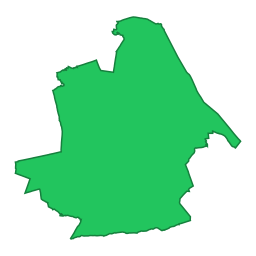 San Matías Tlalancaleca, Puebla, Mexico
{"feature_id": "50627088B22492462361378", "entity_name": "San Matías Tlalancaleca", "entity_type": "district", "adm_level": 2, "iso_a3": "MEX", "parent_name": "Mexico", "parent_adm1": "Puebla", "projection": "albers", "projection_center": [-98.505, 19.351], "detail": "fine", "context": "isolated", "style": "filled", "palette": "green", "viewbox_px": 256, "rotation_deg": 0, "n_neighbors": 0, "source": "geoboundaries", "source_scale": "gbopen_adm2", "svg_char_len": 5625}
<svg xmlns="http://www.w3.org/2000/svg" viewBox="0 0 256 256"><path d="M163.8,29.1L163.4,29.0L163.1,28.5L162.3,27.2L161.8,26.7L161.4,25.9L161.6,25.1L161.4,24.5L161.2,24.1L160.7,23.8L159.6,24.0L158.4,23.9L158.0,23.4L157.6,23.7L156.8,23.8L155.9,24.0L151.1,21.3L150.4,20.8L149.3,20.3L147.5,19.2L144.8,18.6L143.8,18.6L141.4,18.1L140.8,18.1L140.2,18.0L135.7,17.2L133.3,17.0L132.2,17.2L129.7,17.8L125.6,19.1L124.2,19.5L123.1,19.9L122.2,20.2L120.9,20.9L120.1,21.1L119.6,21.3L119.1,21.3L117.7,21.5L116.9,21.5L117.0,21.8L118.0,22.2L118.3,22.5L118.2,23.0L117.9,23.3L117.4,23.9L117.3,24.3L116.6,24.6L116.3,25.4L116.4,27.3L116.6,28.2L116.7,28.7L116.7,29.2L116.3,29.7L113.8,29.3L113.6,31.4L112.3,31.5L112.6,32.3L112.5,32.6L112.9,33.3L113.3,33.6L114.2,34.5L114.9,34.8L116.1,34.9L117.1,34.2L118.3,34.2L118.5,33.7L117.1,32.7L117.5,32.3L119.4,33.5L120.2,34.7L120.2,34.9L122.9,35.4L122.8,36.5L123.9,37.8L124.1,39.5L122.3,42.2L121.4,43.6L121.0,44.2L120.3,45.6L119.1,47.3L117.9,49.2L116.4,51.4L116.7,51.4L116.0,56.1L115.6,58.2L114.5,65.3L114.3,67.2L114.2,67.4L113.4,72.3L100.8,70.5L99.3,67.8L97.3,62.7L96.4,60.1L91.8,61.8L87.5,63.1L83.2,64.6L78.3,66.1L77.0,66.2L77.3,67.4L76.2,67.0L75.6,67.3L75.6,67.6L74.9,67.6L74.6,67.9L73.8,67.8L73.5,68.5L72.2,68.2L71.3,68.0L69.6,67.1L68.3,66.5L67.9,68.3L67.4,68.0L66.7,67.9L66.7,68.2L65.1,69.0L65.5,69.6L66.5,70.0L66.9,70.5L66.3,70.2L65.9,70.2L63.9,69.9L63.7,70.5L62.7,70.1L61.7,70.8L60.3,71.9L56.9,72.8L57.2,73.4L57.0,76.8L57.7,76.9L58.2,79.7L60.1,79.7L60.1,80.3L60.3,80.3L60.8,81.3L61.1,82.1L61.5,82.6L61.5,82.1L62.0,82.3L61.7,83.7L63.0,83.5L63.2,83.9L64.0,84.3L63.9,85.5L63.6,85.5L62.6,86.3L62.3,86.2L61.9,86.1L61.8,85.9L61.6,85.9L61.0,85.6L60.6,85.7L60.6,85.8L60.8,86.3L60.7,86.5L58.8,86.6L58.2,86.8L57.4,87.3L56.7,88.1L56.3,88.3L55.8,88.8L54.9,89.2L53.9,90.1L53.5,90.3L52.8,90.5L53.1,91.3L53.5,93.1L54.4,96.0L54.5,97.1L54.9,98.9L55.4,100.9L56.8,105.8L56.9,107.3L57.5,109.8L57.4,109.9L57.8,111.6L58.2,113.3L59.3,116.9L59.2,117.3L59.3,117.7L59.2,118.5L59.4,119.4L59.3,120.0L59.3,120.5L59.6,120.8L60.0,121.5L60.2,121.8L60.5,122.6L60.9,125.2L61.3,125.9L61.4,126.5L61.6,126.7L62.2,130.7L62.3,131.4L62.2,134.8L61.5,142.4L61.4,145.1L61.1,149.5L61.2,151.8L60.0,152.0L58.8,152.3L51.9,153.9L51.7,153.9L49.4,154.4L49.3,154.5L47.0,155.0L42.3,156.0L41.0,156.3L32.8,158.0L32.6,158.1L23.0,160.1L19.3,160.8L18.1,161.1L18.0,161.7L15.4,162.1L15.8,164.3L15.6,167.1L15.6,168.4L16.1,168.8L15.6,172.6L15.4,173.3L30.1,178.8L29.1,181.6L28.7,182.8L25.0,193.2L27.9,192.3L30.2,191.7L32.5,190.9L34.8,190.3L38.2,189.3L39.6,189.1L39.8,189.3L40.6,193.0L40.8,195.4L41.3,199.0L42.8,200.2L45.1,201.3L45.4,201.7L46.5,202.1L47.9,202.8L47.6,203.4L48.1,204.6L48.5,206.8L52.4,208.8L52.7,209.7L54.3,209.1L56.1,210.5L56.8,210.9L58.4,212.0L59.9,213.9L61.4,213.8L62.5,214.9L59.4,215.6L62.6,216.0L63.7,215.9L64.4,215.5L65.6,215.4L65.7,215.7L67.8,215.3L69.7,216.0L72.1,216.5L72.8,216.4L74.0,217.2L76.1,217.8L77.4,217.2L78.7,217.5L79.1,218.4L79.9,218.6L80.3,219.9L81.2,219.6L81.1,220.0L80.5,222.4L78.8,225.5L77.7,226.4L75.3,230.5L74.2,232.7L71.5,237.1L70.6,238.4L70.9,238.7L71.1,239.0L71.6,238.7L73.5,238.5L74.1,237.8L75.2,237.5L76.6,237.1L77.5,236.7L78.1,236.6L79.0,236.8L79.4,236.7L80.0,236.5L80.2,236.4L80.6,236.0L80.8,235.8L81.4,235.5L82.4,235.6L83.8,236.0L84.4,236.0L86.0,235.9L88.3,235.9L90.0,235.5L93.9,235.6L94.4,235.5L95.2,235.5L95.9,235.7L97.8,235.7L100.7,235.4L102.0,235.5L103.6,235.7L103.9,236.1L104.4,235.7L106.1,235.4L109.7,233.6L111.8,233.8L114.8,232.7L114.9,232.9L115.9,233.0L117.0,232.7L122.7,232.0L123.8,232.3L124.9,232.5L125.5,232.8L126.0,233.3L127.2,233.4L128.3,233.2L129.0,233.0L130.3,233.0L134.0,232.8L137.1,233.1L138.3,232.0L140.2,231.5L141.2,231.0L142.9,231.2L146.3,231.0L147.2,230.6L147.8,230.4L148.4,229.9L149.0,229.6L149.9,229.5L150.2,229.3L150.4,229.2L150.7,229.1L151.3,228.9L152.1,228.9L152.7,229.1L153.1,229.1L153.7,228.8L155.1,228.0L155.6,227.8L156.3,227.7L157.2,227.8L157.6,227.9L160.0,229.4L161.4,230.4L161.9,230.6L162.0,230.6L162.3,230.5L163.0,230.3L163.3,230.1L163.8,230.1L163.7,230.0L165.0,229.7L167.2,229.0L168.2,228.5L169.0,228.2L169.6,227.4L171.9,226.6L173.1,226.5L174.1,226.3L175.3,225.7L176.6,224.9L178.6,224.5L179.1,224.6L179.1,223.7L180.5,223.6L181.3,223.4L190.3,220.5L190.2,220.3L190.4,216.7L181.7,206.0L179.8,203.7L179.5,202.7L179.6,201.8L179.8,200.9L180.0,198.6L182.5,195.8L182.8,195.4L184.4,193.7L185.4,192.7L186.9,191.2L189.3,191.4L188.6,189.4L189.5,188.3L193.2,186.0L191.8,182.1L190.6,178.7L189.5,175.7L188.7,173.4L188.2,171.5L186.8,168.1L185.4,164.6L188.6,161.2L188.7,160.4L188.7,159.8L188.8,159.4L188.9,159.0L189.2,158.6L189.6,158.3L190.4,157.2L191.6,155.5L194.2,152.8L194.7,151.1L194.5,148.8L194.7,148.5L195.5,147.9L196.3,148.1L196.9,148.0L198.7,147.7L200.6,147.6L201.7,147.5L203.1,147.2L203.7,147.0L204.7,146.5L206.4,146.2L205.9,144.7L206.1,144.4L206.5,144.5L207.4,145.9L207.4,144.5L207.2,144.0L207.0,143.7L205.6,141.8L206.4,141.0L205.1,139.0L205.3,138.8L206.3,138.6L208.7,138.3L208.2,133.3L210.4,133.3L211.5,133.3L212.7,133.3L212.6,131.1L213.6,131.4L214.0,131.9L214.5,131.9L215.1,132.1L216.2,132.7L217.5,133.2L218.6,133.3L219.0,133.7L219.4,133.6L219.9,133.9L220.5,133.9L222.2,134.5L224.2,135.6L225.2,136.4L226.6,138.2L227.2,139.1L227.9,140.7L229.4,142.5L230.6,144.3L231.7,145.9L232.7,146.6L233.7,146.9L234.3,147.0L234.9,147.4L235.3,148.0L235.6,147.8L240.6,141.3L239.7,140.2L238.3,138.8L233.6,133.3L230.2,129.0L223.5,120.9L220.5,117.3L217.8,114.0L203.8,102.3L200.5,96.7L199.7,95.6L198.2,93.3L196.6,90.4L196.2,89.1L193.5,83.0L192.2,80.0L190.3,76.2L189.2,74.5L188.0,73.6L186.9,72.5L186.5,72.0L177.9,57.2L164.2,30.6L164.1,29.6L163.8,29.1Z" fill="#22c55e" stroke="#15803d" stroke-width="1.5"/></svg>